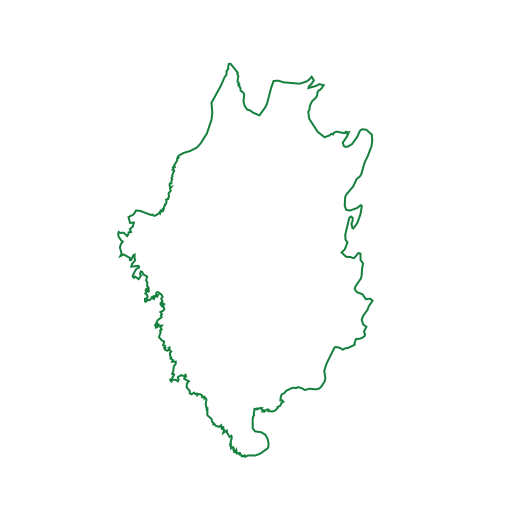 Muang Sam Sip, Ubon Ratchathani, Thailand, rotated 207°
{"feature_id": "78962969B95982372306195", "entity_name": "Muang Sam Sip", "entity_type": "district", "adm_level": 2, "iso_a3": "THA", "parent_name": "Thailand", "parent_adm1": "Ubon Ratchathani", "projection": "equal_earth", "projection_center": [104.738, 15.526], "detail": "fine", "context": "isolated", "style": "outline", "palette": "green", "viewbox_px": 512, "rotation_deg": 207, "n_neighbors": 0, "source": "geoboundaries", "source_scale": "gbopen_adm2", "svg_char_len": 6092}
<svg xmlns="http://www.w3.org/2000/svg" viewBox="0 0 512 512"><g transform="rotate(207 256 256)"><path d="M127.8,221.7L128.5,222.5L129.2,227.4L126.0,229.4L123.7,232.1L122.8,234.4L123.8,236.3L125.5,237.5L125.5,243.1L129.3,243.6L132.8,247.0L133.4,250.9L132.2,258.9L132.7,262.4L131.8,269.1L134.9,269.8L138.4,267.4L144.0,270.3L149.4,269.6L152.9,271.1L153.6,273.7L152.3,283.8L153.0,286.5L155.8,293.0L157.2,298.0L161.0,299.9L164.0,305.5L166.1,305.2L167.4,299.3L168.4,298.2L171.4,298.0L175.2,296.2L181.4,298.0L179.9,302.1L180.7,309.7L183.7,311.2L186.1,315.4L190.2,332.4L189.3,334.3L187.1,333.9L185.9,331.1L185.5,328.0L182.8,324.7L181.8,324.7L180.9,329.5L180.9,333.0L181.9,340.7L184.4,348.6L185.8,348.8L187.6,344.8L192.7,339.3L196.5,338.1L199.7,340.9L203.2,348.8L203.5,351.3L201.0,362.2L201.3,370.2L199.6,373.9L199.3,376.5L201.7,388.7L201.8,395.9L203.0,406.6L204.9,411.8L207.9,416.7L215.0,418.6L219.0,417.1L220.2,415.0L219.9,407.9L221.2,399.4L223.8,395.2L225.9,393.8L227.6,393.9L230.1,396.3L229.2,404.1L229.5,408.2L230.4,407.0L230.7,407.8L232.5,407.4L232.5,406.0L233.3,405.5L240.8,403.3L242.6,401.1L242.5,399.3L244.4,399.0L245.2,396.9L248.8,392.9L257.5,394.7L270.0,401.9L271.5,403.1L274.9,408.3L274.9,410.9L276.2,414.5L276.3,419.5L274.6,423.9L274.4,426.8L275.4,429.1L275.5,431.7L274.4,433.0L273.6,435.4L273.2,438.9L277.6,437.9L279.7,434.8L285.5,429.5L285.8,431.3L284.7,434.4L284.2,438.8L287.8,441.0L288.8,437.1L290.4,434.2L295.4,429.3L310.2,423.3L315.8,422.3L319.8,419.9L318.8,412.4L315.3,396.5L315.3,392.2L316.8,382.8L324.0,382.4L327.6,383.1L330.3,382.4L334.4,384.7L337.3,388.0L339.8,394.5L341.6,395.8L344.8,396.4L346.5,399.0L347.6,399.2L348.8,401.2L349.4,400.5L350.4,402.7L351.6,402.9L353.5,408.5L355.4,409.7L355.5,411.1L365.9,415.7L367.4,414.9L366.4,410.9L365.6,410.1L366.2,407.6L364.6,404.0L365.2,401.4L364.6,391.9L365.2,372.3L360.0,363.8L357.5,357.2L355.4,343.0L356.5,330.9L357.9,325.8L362.5,319.5L367.3,315.0L370.5,310.1L370.6,308.3L369.7,308.3L370.3,306.7L369.6,305.2L370.1,300.1L368.9,298.5L370.1,298.1L370.3,297.2L369.2,296.6L369.5,294.9L367.7,294.9L367.3,289.8L366.4,288.6L366.7,287.2L365.4,286.3L365.7,285.3L364.4,282.3L365.7,281.5L365.3,280.1L363.6,278.0L362.8,278.9L363.1,276.9L361.6,275.3L362.3,272.2L360.3,268.9L360.6,267.1L360.2,266.7L361.6,265.4L360.3,263.7L359.9,261.3L360.5,260.9L360.0,259.2L360.4,258.4L359.4,255.6L360.0,255.4L359.7,254.7L360.3,254.9L359.9,253.8L361.3,253.4L360.5,252.5L361.4,251.8L360.9,250.4L361.4,250.6L361.2,250.0L362.0,249.8L363.7,246.7L365.1,245.5L367.2,245.9L368.2,244.9L379.8,243.6L383.5,242.1L383.9,237.5L387.3,232.9L383.3,228.3L380.0,230.3L379.2,226.1L380.6,222.7L378.2,220.6L380.2,219.3L379.7,217.9L379.8,215.3L384.5,216.7L387.5,214.9L389.2,215.1L389.0,213.4L387.3,211.0L382.9,208.5L381.2,208.4L381.8,205.5L381.2,201.9L376.9,197.2L376.8,194.3L374.6,197.3L367.3,197.0L366.5,195.1L365.9,195.3L365.4,196.0L365.6,200.8L364.8,202.1L363.4,199.2L361.7,197.3L362.9,192.9L362.3,189.9L356.4,193.8L355.4,193.4L355.0,192.5L356.7,190.2L356.9,188.6L357.0,182.6L356.1,181.3L354.8,181.2L354.6,182.7L350.1,182.1L349.6,186.4L351.2,187.5L351.6,190.0L350.3,190.2L347.8,188.4L343.7,188.3L342.8,184.2L340.8,183.2L339.5,179.9L337.6,179.2L335.5,176.1L335.7,175.3L336.7,175.2L338.4,177.4L338.7,176.9L337.8,176.2L338.7,175.3L337.4,174.3L337.6,172.3L335.4,171.9L334.0,170.5L334.1,168.6L335.5,167.5L334.2,165.1L333.1,165.5L332.8,167.7L330.8,168.3L329.9,171.4L327.4,171.3L327.7,173.2L329.3,173.2L328.3,174.3L325.6,174.9L325.6,176.7L327.1,175.8L327.9,177.0L328.0,178.3L327.0,179.4L322.6,178.6L320.7,177.3L321.1,175.0L318.8,173.2L319.6,170.8L319.3,169.8L318.4,169.4L317.3,171.4L315.9,171.4L316.8,168.5L315.1,168.6L313.5,167.1L313.8,165.3L315.8,162.6L313.3,161.3L313.8,159.8L312.3,158.6L314.3,154.6L314.5,151.0L314.0,150.2L314.6,148.5L313.5,148.2L312.7,146.8L311.6,147.8L312.8,149.8L312.6,150.9L311.9,150.9L311.4,149.6L308.3,151.2L308.9,149.1L306.7,147.7L307.6,146.0L306.4,145.0L305.6,139.6L301.3,138.0L298.9,138.0L298.2,134.3L296.4,134.7L296.2,133.1L295.2,133.1L295.9,132.1L294.1,131.1L291.7,131.5L291.3,132.5L291.9,134.2L291.5,135.1L290.3,133.0L288.1,132.4L288.6,130.4L286.7,127.4L285.4,127.1L285.5,125.8L282.5,125.5L282.7,123.7L279.5,125.4L278.5,123.3L279.2,120.5L277.5,116.0L277.2,112.9L275.5,113.5L275.0,112.9L275.3,109.6L274.9,108.4L276.3,107.1L276.1,106.5L274.4,105.7L274.1,108.0L271.2,109.2L268.7,108.9L268.8,110.7L270.4,112.0L270.5,113.0L268.5,115.9L265.8,116.3L264.8,118.2L263.6,117.0L264.4,115.8L264.2,114.0L258.9,113.9L259.7,111.0L258.1,107.4L254.8,106.2L253.2,105.0L252.7,103.6L250.6,103.5L249.2,106.1L247.3,105.4L246.3,106.5L245.2,105.2L244.6,106.8L243.0,107.5L241.0,107.4L239.9,105.7L238.3,107.1L237.4,105.6L237.1,106.7L236.0,106.4L234.9,105.5L233.7,101.3L231.4,98.4L230.4,98.6L229.9,97.8L230.3,97.0L229.4,96.7L229.5,96.1L228.4,95.0L227.6,92.7L226.6,91.9L221.5,90.5L219.7,88.2L218.0,88.0L217.6,86.6L216.5,87.3L215.0,86.5L211.4,86.9L210.2,89.4L209.1,87.8L207.5,88.7L207.2,87.9L207.8,86.5L207.0,86.5L206.7,87.4L205.3,86.4L204.8,83.5L202.8,87.2L201.4,85.3L197.3,82.8L196.3,84.6L195.0,83.0L194.4,79.3L193.5,78.2L193.7,76.6L192.7,76.6L192.7,75.0L191.6,74.9L190.9,73.3L189.1,76.0L189.5,74.7L188.3,74.2L188.1,73.0L186.9,73.0L186.4,71.4L185.6,71.7L185.5,74.1L183.4,71.3L181.6,72.7L180.9,72.0L180.7,73.0L177.7,71.0L176.9,72.1L175.7,71.9L175.5,73.2L174.2,72.5L172.5,74.7L166.1,77.9L162.6,81.7L158.5,89.4L158.3,91.5L159.8,94.8L162.6,98.3L166.6,101.0L171.7,101.3L177.1,99.3L180.6,100.9L184.9,109.1L185.6,111.4L185.4,113.4L186.3,114.3L187.9,119.1L186.7,119.3L186.0,120.5L185.2,120.0L183.6,122.2L182.0,123.0L182.2,122.3L180.6,121.9L179.8,120.5L179.0,122.0L178.0,121.0L176.6,124.2L175.1,124.9L174.4,124.5L174.4,123.4L170.5,125.1L168.6,127.3L167.7,130.7L168.2,131.2L166.4,133.7L166.6,136.7L165.4,138.6L167.5,139.3L168.6,138.4L169.8,141.0L170.3,144.3L168.5,146.8L168.0,149.4L164.3,154.4L162.0,156.1L160.4,156.3L159.2,158.1L155.9,159.0L151.6,158.8L148.0,162.1L142.2,164.3L139.5,166.6L138.4,169.7L137.9,175.8L138.8,178.8L143.1,184.7L144.3,192.2L144.5,210.0L143.9,210.9L140.2,212.2L136.0,212.0L135.0,213.9L132.3,215.8L127.8,221.7Z" fill="none" stroke="#15803d" stroke-width="2"/></g></svg>